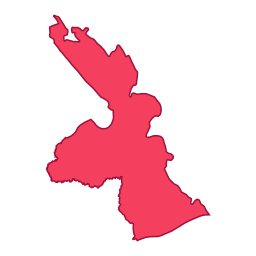 Don Mot Daeng, Ubon Ratchathani, Thailand
{"feature_id": "78962969B4168813310505", "entity_name": "Don Mot Daeng", "entity_type": "district", "adm_level": 2, "iso_a3": "THA", "parent_name": "Thailand", "parent_adm1": "Ubon Ratchathani", "projection": "orthographic", "projection_center": [104.981, 15.398], "detail": "fine", "context": "isolated", "style": "filled", "palette": "rose", "viewbox_px": 256, "rotation_deg": 0, "n_neighbors": 0, "source": "geoboundaries", "source_scale": "gbopen_adm2", "svg_char_len": 5737}
<svg xmlns="http://www.w3.org/2000/svg" viewBox="0 0 256 256"><path d="M160.7,106.4L159.8,103.9L154.3,96.9L147.3,94.1L145.2,93.7L142.5,93.6L137.0,94.3L134.6,93.3L133.1,93.1L132.5,93.4L132.0,93.9L131.1,96.6L130.4,96.9L129.8,96.6L129.5,95.8L129.5,94.6L130.7,90.3L131.6,87.8L133.1,85.8L134.0,85.3L135.7,85.0L136.3,84.1L137.4,75.7L137.5,72.4L137.1,71.5L135.6,69.8L131.2,60.6L129.4,56.4L128.8,55.7L128.3,55.5L127.4,55.9L126.5,56.7L125.8,56.6L124.3,53.2L122.3,49.7L119.8,46.1L118.9,45.2L118.2,45.1L117.4,45.6L116.8,46.9L116.4,48.9L115.2,50.5L114.1,51.3L112.6,51.7L112.0,52.2L111.0,53.3L109.7,56.2L109.2,56.4L108.4,56.2L107.5,55.3L104.0,49.9L100.5,46.1L97.3,43.6L94.5,40.0L93.1,38.9L90.3,37.9L85.8,34.2L85.6,33.7L86.1,32.6L88.5,29.7L88.4,29.0L88.0,28.2L86.4,27.8L85.2,28.2L84.1,29.7L83.2,30.4L82.2,30.7L81.5,30.4L80.2,28.8L77.6,27.5L74.3,27.6L72.7,27.3L72.0,27.6L71.6,30.0L72.1,32.5L72.4,32.8L74.4,32.5L74.9,32.7L74.9,34.8L75.4,36.2L77.1,38.3L79.5,40.6L79.6,41.3L79.3,41.7L73.5,41.6L67.0,39.8L65.8,40.1L64.9,40.9L64.4,40.9L64.1,40.5L63.9,40.0L63.8,36.5L64.3,35.9L66.4,35.0L67.1,34.9L67.3,34.7L67.9,31.5L67.7,29.9L65.6,28.0L64.0,25.1L59.0,17.3L58.2,16.8L55.9,16.1L54.3,15.4L53.8,15.6L53.7,16.3L56.5,19.4L58.7,23.4L58.4,23.7L52.6,25.7L49.8,27.0L49.6,27.8L50.1,32.8L49.6,35.2L49.8,36.6L50.4,37.2L53.6,39.1L53.9,39.8L54.4,42.2L54.1,42.8L57.9,47.3L60.2,50.9L61.8,52.4L66.3,58.0L68.2,60.0L71.6,64.4L77.5,70.8L86.0,81.5L92.8,87.8L100.6,96.8L102.1,97.8L104.8,99.1L107.7,101.2L108.4,102.3L109.0,104.4L108.2,106.9L108.4,107.7L109.4,108.3L111.0,109.8L113.1,110.2L113.5,117.2L113.2,119.5L111.7,123.4L110.7,125.0L109.0,126.9L108.0,127.6L107.3,127.8L106.8,128.2L105.8,128.6L101.8,128.7L98.7,127.4L96.3,125.5L94.0,122.4L90.9,119.4L84.4,122.5L79.9,125.5L77.8,127.7L75.8,131.7L73.7,134.0L71.1,136.0L69.1,137.0L67.4,137.7L65.9,138.0L65.4,137.7L65.3,138.2L65.1,138.4L64.5,138.5L63.7,139.5L62.1,141.0L61.3,143.3L60.7,142.8L60.0,143.3L59.1,143.4L57.3,144.7L56.5,146.0L56.2,146.1L56.3,148.4L55.9,148.8L55.8,149.8L55.2,150.0L55.5,151.2L55.0,151.6L54.9,152.4L54.4,152.5L54.4,152.8L54.8,153.8L54.8,154.7L54.9,154.8L55.0,155.3L55.3,155.4L55.2,155.7L55.6,156.5L55.9,156.6L55.5,156.9L56.3,157.1L56.6,157.6L57.3,157.8L57.7,158.2L57.6,158.5L57.0,159.6L55.3,159.9L54.8,160.6L55.1,160.7L56.4,160.5L56.3,160.8L53.6,161.4L52.7,161.0L52.1,161.7L52.0,162.4L51.0,162.5L49.7,163.2L49.6,163.5L49.1,163.3L48.9,164.1L48.5,164.4L48.0,164.4L47.8,164.9L48.1,165.1L48.0,165.7L47.6,166.5L47.7,167.1L47.1,167.5L47.2,168.0L46.9,168.0L46.7,168.8L47.0,168.8L46.8,169.5L47.3,170.0L47.2,170.8L47.8,171.1L47.6,171.5L47.9,172.2L48.8,172.9L48.8,173.3L49.1,173.1L49.3,173.4L49.4,175.1L50.2,176.3L50.2,176.7L50.8,176.7L51.2,177.3L51.0,177.7L51.4,178.1L51.3,178.5L51.6,178.9L51.4,179.0L51.7,179.3L51.4,179.7L51.7,179.9L51.6,180.4L51.3,180.4L51.5,181.0L52.2,181.0L52.4,180.7L53.1,180.9L53.8,180.8L56.0,182.2L57.3,182.4L57.7,182.2L57.8,181.8L57.6,181.4L58.0,181.2L59.3,181.6L60.5,181.5L61.0,181.8L61.4,181.6L61.9,182.6L62.2,182.3L62.4,181.6L63.3,182.1L63.9,181.8L64.2,180.5L65.4,180.7L66.2,181.2L67.0,181.2L67.7,180.6L68.3,180.8L69.3,180.2L69.7,180.5L69.8,181.7L70.8,181.9L71.1,181.8L71.6,181.1L72.5,180.7L72.6,179.0L73.3,179.0L73.7,178.7L73.9,178.9L73.9,179.4L74.7,179.2L74.6,180.2L75.5,180.7L76.6,180.8L77.4,180.2L78.1,180.5L79.1,181.8L79.8,181.3L80.3,181.5L81.8,182.7L82.9,184.3L83.5,184.0L83.2,183.3L83.6,183.1L84.1,183.5L84.5,184.8L84.8,185.0L85.9,184.9L86.6,184.2L87.5,183.7L87.8,183.8L87.9,184.2L88.5,184.0L89.2,184.3L89.3,186.3L91.7,187.6L93.4,187.1L93.8,186.5L95.1,185.9L95.5,186.3L96.4,186.4L96.6,186.6L97.0,186.7L97.6,187.8L98.3,187.8L99.1,187.0L99.3,186.4L101.2,185.6L102.2,184.8L102.3,184.4L102.9,183.9L102.9,183.2L103.6,182.7L103.6,181.7L103.9,181.2L105.2,181.0L105.4,180.7L105.4,179.4L105.6,179.2L106.4,179.3L106.7,178.7L107.3,178.2L107.9,178.6L108.5,178.5L109.4,179.1L109.6,179.0L109.8,178.5L111.5,178.9L112.4,178.9L112.8,177.7L113.8,177.9L114.5,177.7L115.3,178.3L115.4,178.0L115.1,177.4L116.0,177.1L117.2,177.6L117.6,178.0L117.9,177.6L118.1,177.6L118.8,178.5L119.8,179.1L120.4,177.7L120.4,176.6L121.9,176.8L121.5,179.9L121.8,181.2L121.6,182.0L122.1,183.6L122.0,185.7L121.2,185.8L120.8,188.8L119.7,189.4L119.9,190.8L119.9,193.5L119.1,194.3L118.4,195.9L118.5,196.2L119.2,196.4L119.9,197.8L119.4,198.8L119.4,199.4L119.7,199.9L119.5,201.0L119.2,201.4L119.0,202.7L120.6,204.4L120.3,205.1L119.3,206.1L119.1,207.0L118.6,207.8L119.0,208.5L118.6,209.6L119.7,210.8L119.8,211.2L121.5,212.6L123.1,214.5L124.2,214.9L125.9,219.3L127.7,220.5L130.4,223.3L131.1,223.0L132.1,223.2L133.3,223.7L133.4,224.6L133.2,228.2L133.5,231.6L134.0,234.2L134.9,235.4L135.1,236.1L133.0,238.5L132.9,239.2L133.5,239.5L135.1,238.9L136.0,238.9L137.3,240.6L139.6,239.5L145.8,237.3L149.9,236.7L157.4,236.5L159.5,236.1L162.8,234.9L172.1,230.8L184.8,223.0L191.8,219.6L199.1,216.5L202.3,215.4L205.3,214.9L209.3,214.8L206.2,210.5L204.2,206.5L203.3,205.6L201.5,204.5L200.9,203.8L199.5,200.7L199.0,200.0L197.6,199.3L196.4,199.6L195.1,200.7L193.1,203.5L192.1,204.1L191.3,204.0L190.8,203.4L190.6,202.7L191.4,200.0L191.4,199.0L191.2,198.6L188.3,197.0L186.2,194.5L181.9,192.3L181.2,191.5L179.7,188.3L178.2,186.2L177.2,185.4L174.2,184.0L169.2,179.1L164.7,169.6L164.4,168.5L166.4,166.2L166.3,164.1L166.4,162.5L166.7,160.8L167.1,160.0L167.8,159.7L170.0,160.3L171.0,160.3L171.5,160.0L173.1,158.3L173.3,156.8L172.9,155.6L171.4,154.2L168.3,153.2L167.0,152.3L166.3,151.5L165.3,146.3L164.3,143.6L163.3,139.7L162.3,137.8L161.2,136.9L160.1,136.3L156.8,135.7L153.2,135.9L149.6,137.2L147.9,137.4L146.9,137.2L146.2,136.5L146.3,134.8L149.9,126.9L149.9,125.8L149.4,123.3L149.8,121.4L152.0,118.5L154.6,116.2L155.7,115.9L158.2,116.3L160.0,114.8L160.5,113.8L161.1,110.6L161.1,109.0L160.7,106.4Z" fill="#f43f5e" stroke="#9f1239" stroke-width="1.5"/></svg>